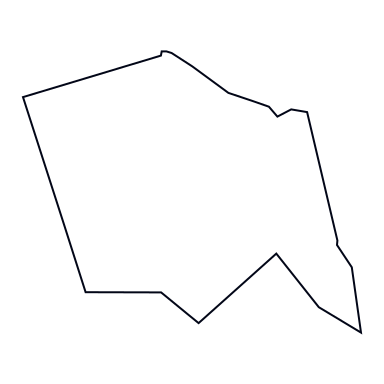 Jandaíra, Rio Grande do Norte, Brazil
{"feature_id": "56859067B73444241078721", "entity_name": "Jandaíra", "entity_type": "district", "adm_level": 2, "iso_a3": "BRA", "parent_name": "Brazil", "parent_adm1": "Rio Grande do Norte", "projection": "robinson", "projection_center": [-36.108, -5.36], "detail": "fine", "context": "isolated", "style": "outline", "palette": "ink", "viewbox_px": 384, "rotation_deg": 0, "n_neighbors": 0, "source": "geoboundaries", "source_scale": "gbopen_adm2", "svg_char_len": 404}
<svg xmlns="http://www.w3.org/2000/svg" viewBox="0 0 384 384"><path d="M171.6,53.0L166.4,51.4L161.7,51.4L160.9,55.6L23.0,97.1L64.2,225.1L85.6,292.2L161.1,292.4L187.2,313.8L198.6,323.1L276.3,253.6L318.8,307.2L361.0,332.6L351.8,267.3L337.0,245.0L337.4,240.5L307.1,112.1L291.2,109.4L277.4,116.6L268.9,106.7L251.7,100.7L228.4,92.9L192.3,66.4L171.6,53.0Z" fill="none" stroke="#020617" stroke-width="2"/></svg>